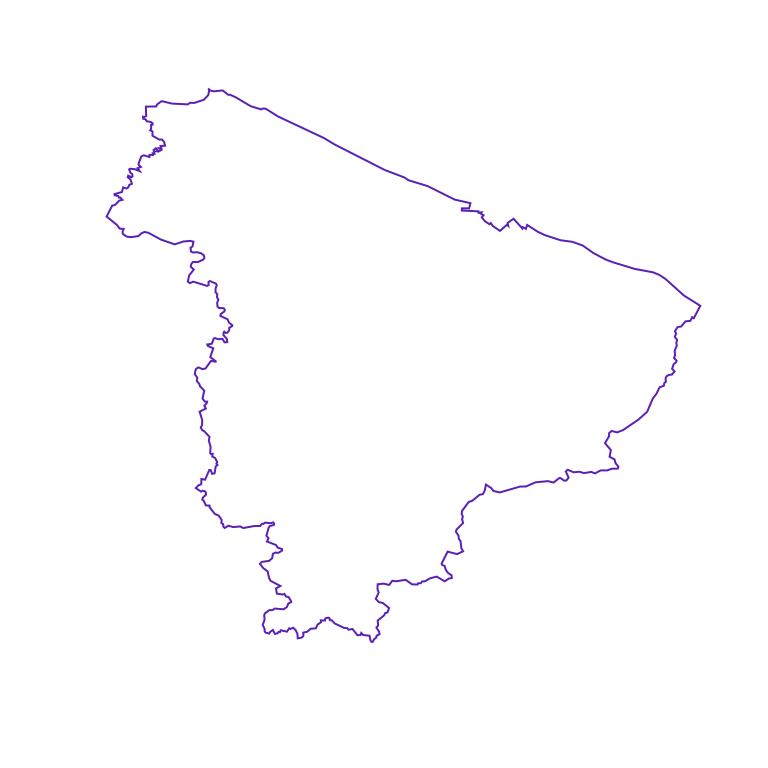 outline of Toamasina II, Atsinanana, Madagascar, rotated 279°
{"feature_id": "10022922B55539380638871", "entity_name": "Toamasina II", "entity_type": "district", "adm_level": 2, "iso_a3": "MDG", "parent_name": "Madagascar", "parent_adm1": "Atsinanana", "projection": "albers", "projection_center": [49.14, -18.014], "detail": "fine", "context": "isolated", "style": "outline", "palette": "violet", "viewbox_px": 768, "rotation_deg": 279, "n_neighbors": 0, "source": "geoboundaries", "source_scale": "gbopen_adm2", "svg_char_len": 6147}
<svg xmlns="http://www.w3.org/2000/svg" viewBox="0 0 768 768"><g transform="rotate(279 384 384)"><path d="M576.1,441.1L577.2,424.9L586.3,396.1L589.1,376.3L591.2,371.8L595.5,351.2L612.8,297.9L617.5,286.3L631.8,237.0L637.4,224.1L637.1,221.0L636.0,219.8L637.5,208.9L644.1,192.4L645.6,186.7L645.3,184.9L648.7,178.7L646.5,170.4L646.6,166.7L648.4,164.1L647.4,165.3L642.0,165.3L636.6,161.6L632.0,152.9L631.4,148.4L629.5,146.5L627.8,130.8L628.6,120.2L624.7,116.2L622.5,115.6L620.7,105.4L611.4,107.2L610.1,105.3L610.3,104.2L608.4,104.6L608.0,107.2L606.4,108.6L606.3,112.8L605.4,114.6L604.1,114.9L603.6,113.4L599.3,114.1L598.0,113.4L597.1,115.9L593.0,116.5L590.2,123.9L590.8,126.4L588.8,128.9L585.1,130.5L584.1,126.1L582.4,127.2L581.7,124.8L580.3,127.5L578.2,124.6L578.3,122.7L579.5,123.7L581.1,121.7L579.0,119.8L575.7,121.3L575.6,119.4L574.6,119.6L574.6,120.5L574.0,120.0L573.6,116.5L571.5,116.8L572.3,111.0L571.0,108.8L563.6,107.1L561.8,107.7L560.4,109.9L558.6,106.9L556.0,109.4L557.2,104.2L556.9,99.6L556.1,98.7L553.0,100.4L551.9,102.5L549.8,103.1L548.7,102.3L549.8,98.8L548.2,98.5L546.3,101.6L542.3,103.7L540.8,101.3L538.1,100.6L536.8,99.0L537.4,95.7L532.6,95.1L529.4,88.1L528.3,88.5L528.1,92.1L526.6,93.1L526.9,94.5L525.0,96.8L523.7,93.8L518.9,90.5L517.5,87.6L506.0,83.8L499.3,95.4L496.1,98.7L496.4,102.6L493.2,102.0L491.3,102.7L489.4,106.5L489.4,111.0L491.7,118.4L494.7,120.6L496.7,123.6L496.5,127.6L491.7,141.3L489.2,155.4L493.4,163.7L495.0,170.0L494.8,173.5L490.0,173.4L488.2,171.6L484.7,172.6L484.0,174.4L484.9,178.7L484.5,183.0L482.9,185.9L480.3,186.9L478.6,186.0L475.3,181.1L474.7,176.3L472.4,174.9L469.6,174.8L467.3,178.2L460.8,174.6L454.4,174.2L453.2,176.6L455.1,179.2L455.1,180.8L453.2,193.9L454.2,195.3L457.2,194.7L458.5,195.9L456.8,202.4L455.4,203.4L452.3,202.7L448.4,203.2L446.5,205.3L443.7,205.4L441.4,207.2L438.0,206.5L434.3,207.5L433.3,209.2L433.8,213.7L432.4,215.2L430.7,215.0L427.6,211.8L425.7,211.7L423.4,219.4L420.5,221.2L418.3,225.0L417.5,225.0L415.4,222.4L412.8,222.7L410.1,221.2L409.7,219.5L410.7,218.0L409.7,217.6L407.3,217.7L404.2,221.6L400.8,222.6L400.2,220.0L403.3,217.4L402.3,213.3L402.9,209.7L402.1,208.7L396.8,207.6L395.4,203.3L394.1,204.0L392.5,209.8L383.4,208.2L379.7,215.0L379.7,209.5L371.3,205.2L370.3,202.2L371.4,198.2L369.7,196.1L367.7,195.6L364.2,195.6L361.0,198.6L357.8,198.6L355.1,201.6L352.9,202.7L349.3,207.5L341.1,207.1L338.6,209.9L338.9,212.0L337.0,211.8L334.5,209.9L331.9,211.9L327.8,206.2L320.2,210.0L315.1,210.8L312.3,209.8L309.8,211.8L309.4,213.6L304.4,220.0L300.8,219.8L294.9,222.5L288.4,223.2L287.7,224.1L288.2,225.7L285.4,225.8L284.6,228.7L280.7,231.5L279.1,230.9L277.9,232.2L276.4,230.7L269.3,230.6L268.4,228.3L271.9,226.2L271.8,224.9L261.5,222.3L261.7,218.5L256.5,219.2L254.8,216.5L251.8,214.4L249.1,220.1L250.3,221.7L249.7,224.7L246.8,225.5L243.4,222.8L241.4,222.6L240.4,224.3L236.2,227.0L236.6,230.7L235.0,231.0L229.3,237.1L228.1,241.4L224.2,245.0L221.3,245.1L220.4,247.1L217.9,247.7L216.9,249.2L219.7,252.5L219.1,257.4L220.8,264.3L219.7,267.5L223.5,278.3L224.4,283.9L226.8,285.4L227.0,286.9L228.5,288.2L228.7,293.3L230.0,296.3L229.0,297.3L227.6,297.3L225.9,293.6L224.4,292.6L215.7,291.6L213.5,294.1L210.1,293.0L208.1,302.5L205.8,304.6L205.0,309.1L203.5,309.4L200.7,306.0L200.5,303.1L198.9,300.8L194.4,300.8L191.3,298.1L189.2,291.2L187.0,289.6L183.3,293.5L180.7,298.4L174.1,301.0L171.8,302.9L168.3,313.2L165.2,309.3L160.2,311.0L160.2,316.8L161.1,318.5L158.8,320.4L158.6,323.1L154.9,326.3L154.0,326.4L152.3,323.9L148.4,322.9L145.8,320.1L145.1,311.2L143.2,309.2L142.7,306.1L139.3,302.6L137.3,301.8L132.4,302.9L127.0,301.9L123.6,304.3L120.8,304.9L119.9,306.1L119.6,309.8L121.1,310.1L123.7,312.7L120.1,315.4L121.2,318.0L122.6,318.6L122.6,320.0L124.6,320.5L124.2,326.9L127.9,328.6L127.4,330.0L129.1,332.3L127.2,335.1L123.9,337.5L119.3,338.6L120.5,342.1L122.4,343.8L125.8,343.1L127.3,346.9L130.8,349.9L132.0,354.9L135.9,356.0L138.8,359.0L140.7,358.6L141.1,362.6L143.4,362.7L144.5,365.5L144.3,366.7L142.3,367.4L142.5,369.3L139.8,372.7L136.9,382.5L137.0,385.9L135.8,387.4L137.1,391.2L131.7,397.1L132.4,400.1L134.6,400.5L132.8,402.8L133.1,409.1L128.6,410.8L127.4,411.8L127.5,413.2L130.5,414.2L132.3,416.0L134.3,416.1L136.1,418.7L138.5,418.0L142.2,414.6L144.5,416.0L149.4,414.8L155.4,420.2L158.0,421.1L158.8,423.1L163.5,424.1L167.5,417.1L167.8,413.0L170.4,409.5L177.4,411.4L180.2,409.7L185.2,409.1L186.8,415.0L186.3,420.5L191.0,423.0L191.0,426.7L194.0,436.0L190.5,443.1L191.2,448.5L192.5,448.9L192.9,451.3L195.0,452.6L195.4,455.2L199.4,460.1L202.0,466.2L198.6,474.8L202.0,478.5L202.9,481.3L205.6,480.7L207.4,476.8L210.4,473.9L213.8,472.4L214.4,469.8L215.6,469.0L228.4,473.1L227.4,482.7L231.1,488.3L234.1,486.0L240.8,484.2L242.5,482.3L246.0,481.2L249.3,478.1L251.6,478.4L259.1,483.9L262.5,482.3L265.2,482.6L267.9,481.1L270.8,480.9L280.7,486.1L282.5,489.5L289.5,495.7L290.7,498.9L294.6,500.2L300.6,500.4L298.0,506.2L295.5,508.8L295.0,515.3L304.0,534.5L305.0,540.3L310.6,549.0L313.7,561.1L313.2,566.9L318.5,571.8L318.7,573.1L316.7,577.0L317.2,579.2L320.5,581.0L326.0,577.2L328.0,578.8L326.5,585.2L327.9,590.7L327.3,595.4L329.6,602.6L328.7,606.4L332.5,611.4L333.6,618.0L335.9,622.2L337.0,628.1L339.0,628.5L341.8,625.3L345.6,623.4L347.4,618.2L354.2,618.4L360.2,611.5L367.6,614.5L370.6,614.0L373.2,616.1L372.7,621.9L375.9,627.3L388.6,640.8L397.8,648.3L411.5,651.7L417.0,654.6L424.0,656.8L426.0,660.7L428.7,660.7L430.4,662.1L433.4,661.2L435.7,661.8L437.5,663.7L438.4,667.0L441.9,669.0L444.0,666.2L448.9,667.0L451.2,669.2L452.8,669.3L455.1,666.4L457.8,667.0L462.4,665.9L467.8,667.2L470.1,666.3L473.5,666.6L476.1,663.8L479.5,664.6L481.7,663.1L486.2,665.1L487.3,668.6L493.0,671.9L494.3,676.7L498.2,677.9L497.4,679.7L510.7,684.2L518.4,666.2L531.8,645.6L534.9,638.6L536.4,632.1L536.9,613.6L540.0,591.3L541.7,583.2L546.1,570.3L551.9,558.5L553.9,547.8L553.6,536.0L556.2,519.6L558.5,511.8L563.5,500.5L559.5,499.9L560.6,496.6L559.2,496.4L567.5,486.1L562.4,480.9L559.7,481.9L560.6,480.6L553.4,474.6L557.1,466.7L559.7,464.3L558.3,463.1L560.6,458.1L563.9,454.5L566.2,455.9L567.5,452.8L568.8,453.4L567.9,450.6L569.3,450.3L567.5,433.7L569.7,433.5L570.8,440.6L576.1,441.1Z" fill="none" stroke="#5b21b6" stroke-width="2"/></g></svg>